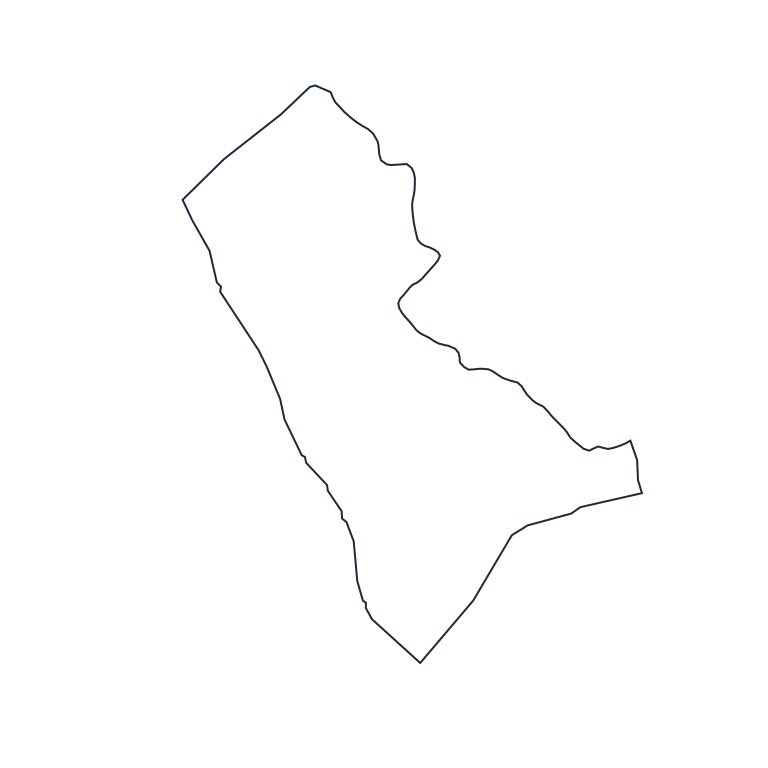 San Antonio Palopó, Sololá, Guatemala (Albers equal-area conic projection), rotated 127°
{"feature_id": "79465075B56849944054802", "entity_name": "San Antonio Palopó", "entity_type": "district", "adm_level": 2, "iso_a3": "GTM", "parent_name": "Guatemala", "parent_adm1": "Sololá", "projection": "albers", "projection_center": [-91.117, 14.666], "detail": "fine", "context": "isolated", "style": "outline", "palette": "slate", "viewbox_px": 768, "rotation_deg": 127, "n_neighbors": 0, "source": "geoboundaries", "source_scale": "gbopen_adm2", "svg_char_len": 1834}
<svg xmlns="http://www.w3.org/2000/svg" viewBox="0 0 768 768"><g transform="rotate(127 384 384)"><path d="M183.0,602.1L187.0,618.6L191.4,622.0L230.8,628.6L300.5,647.1L358.1,655.7L368.4,636.2L382.6,603.5L403.5,578.6L404.3,572.8L408.9,570.4L432.6,504.2L440.8,488.0L458.5,457.9L472.2,442.1L490.4,406.9L489.9,403.3L493.8,398.6L499.0,368.6L503.1,364.6L511.1,341.2L516.7,336.5L516.9,330.8L527.9,313.5L557.4,286.8L569.7,270.5L569.6,266.7L573.8,263.8L579.1,252.0L585.0,187.2L503.3,182.4L427.8,190.9L410.5,184.2L374.8,156.5L364.1,153.0L315.9,112.3L308.0,123.2L292.4,136.1L281.0,153.1L286.0,155.3L291.3,158.4L294.7,160.7L298.2,163.4L301.1,166.1L303.1,170.5L305.0,175.3L309.5,177.9L313.7,180.0L315.6,185.5L315.2,197.2L314.6,203.1L312.5,208.6L311.4,212.9L309.9,222.8L309.1,228.7L308.4,232.4L307.4,235.9L306.2,243.2L306.9,247.0L307.6,251.0L307.6,255.7L306.4,263.3L305.1,267.1L303.0,272.5L302.5,278.4L305.6,286.0L307.7,292.9L308.1,298.2L308.5,305.4L309.5,309.6L312.5,314.4L314.6,317.2L318.6,321.4L321.7,325.2L322.2,330.2L321.2,336.3L317.2,339.7L314.2,343.3L313.0,348.3L314.8,355.8L316.4,358.9L318.8,364.8L319.6,370.1L319.9,375.8L320.7,380.0L321.4,383.6L321.7,387.9L321.3,391.7L319.3,399.0L317.6,407.6L316.5,412.1L314.2,417.5L311.1,421.1L306.3,422.4L300.1,421.8L291.8,421.5L287.6,420.9L283.2,418.6L277.6,417.1L272.3,416.7L257.0,415.4L252.8,415.3L247.8,416.5L246.3,420.3L246.4,424.4L247.5,429.9L249.0,433.9L249.6,439.0L248.5,444.0L243.1,450.6L237.3,457.2L231.1,463.2L226.3,467.5L223.1,470.0L219.9,471.7L214.8,474.1L211.0,476.1L205.1,480.2L200.9,483.3L197.2,487.5L194.9,491.8L194.6,498.1L197.1,501.1L204.8,510.0L206.9,513.8L207.2,520.9L203.3,526.1L200.5,528.6L196.2,532.6L194.0,535.3L190.6,543.3L190.0,550.2L190.9,556.4L191.4,563.8L191.3,570.6L190.6,579.4L188.3,592.5L186.0,597.3L183.0,602.1Z" fill="none" stroke="#1e293b" stroke-width="2"/></g></svg>